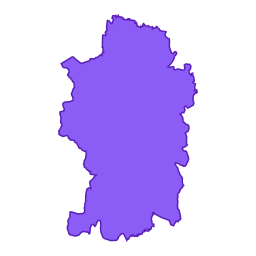 Guadalupe, Puebla, Mexico (Natural Earth projection)
{"feature_id": "50627088B56399187703173", "entity_name": "Guadalupe", "entity_type": "district", "adm_level": 2, "iso_a3": "MEX", "parent_name": "Mexico", "parent_adm1": "Puebla", "projection": "natural_earth1", "projection_center": [-98.145, 18.05], "detail": "fine", "context": "isolated", "style": "filled", "palette": "violet", "viewbox_px": 256, "rotation_deg": 0, "n_neighbors": 0, "source": "geoboundaries", "source_scale": "gbopen_adm2", "svg_char_len": 5779}
<svg xmlns="http://www.w3.org/2000/svg" viewBox="0 0 256 256"><path d="M180.1,219.8L180.8,218.7L180.3,217.7L180.4,217.2L180.2,216.8L180.6,216.1L180.0,215.2L180.0,213.4L179.6,213.1L179.0,209.9L177.4,208.4L177.8,207.1L177.2,205.7L177.8,203.6L177.4,202.2L177.9,201.2L177.6,200.8L177.4,198.0L178.0,197.2L177.5,196.0L177.9,195.2L177.5,194.6L177.9,193.6L179.6,191.9L179.5,191.5L180.3,190.2L180.3,189.3L181.9,188.0L181.9,187.4L182.4,187.2L183.0,186.1L183.7,185.5L182.6,184.0L182.2,180.6L182.4,178.1L180.0,174.5L178.3,170.6L177.7,168.0L175.6,165.2L175.2,163.3L175.7,162.9L178.3,163.5L180.8,165.1L182.5,165.4L183.3,166.3L185.2,166.1L186.5,164.4L186.8,163.0L187.4,162.5L188.4,159.9L188.6,158.3L188.4,157.2L186.5,151.7L185.7,151.5L185.5,150.9L185.0,151.1L183.5,150.7L182.8,149.8L182.3,148.3L182.9,147.4L183.7,147.6L184.8,146.7L185.3,146.7L185.5,146.3L186.7,145.7L187.3,144.8L186.6,143.8L186.4,138.9L186.8,137.9L186.7,137.1L186.3,135.2L185.2,132.9L188.0,131.3L188.9,129.0L188.9,126.3L188.3,125.2L187.7,124.7L185.6,124.1L185.2,123.6L185.0,123.2L184.5,123.2L184.2,122.3L183.4,121.9L182.6,119.7L183.1,118.8L181.9,116.0L181.4,115.3L180.0,114.5L180.4,113.7L181.4,113.6L182.5,112.3L183.8,112.8L185.0,110.0L184.3,107.1L185.6,106.2L186.9,107.0L187.8,108.2L193.4,105.0L193.5,103.9L193.8,103.6L193.5,101.2L192.9,99.4L193.2,98.2L193.0,97.2L193.6,95.1L194.3,94.5L194.4,94.0L195.6,92.0L196.5,92.2L196.5,92.9L197.2,92.2L196.6,89.8L194.5,90.2L194.9,88.8L194.6,86.9L195.1,85.9L195.3,83.7L193.4,83.1L192.8,82.1L194.2,81.1L194.2,80.0L193.6,76.9L192.5,74.7L192.8,73.2L192.2,73.2L191.5,73.7L191.3,75.2L190.9,75.4L189.1,72.6L188.9,70.8L190.2,69.5L190.9,66.9L190.7,65.6L189.4,64.3L187.4,64.3L186.1,63.8L184.3,65.1L184.7,67.6L184.6,69.5L183.8,70.2L182.7,70.1L177.9,68.9L175.1,69.9L174.3,69.8L173.9,69.5L174.2,68.7L173.5,66.6L169.4,67.3L167.9,66.9L171.6,62.9L173.8,59.2L174.5,56.4L176.7,53.7L176.2,52.1L175.3,51.6L174.3,52.1L173.1,53.7L172.1,53.4L171.2,52.3L169.3,46.7L169.5,40.3L169.3,39.1L169.0,38.6L167.7,38.2L165.7,36.6L165.0,35.2L165.2,34.0L166.1,31.8L160.5,30.7L159.8,30.1L159.0,28.6L157.5,27.9L157.0,26.5L156.4,26.5L156.3,27.3L152.6,28.8L153.0,27.6L152.6,26.8L150.3,27.1L149.2,26.7L148.5,25.7L146.1,26.3L145.2,25.8L144.7,24.6L144.0,24.3L143.3,23.0L143.3,24.0L142.7,25.0L142.9,26.6L141.7,26.8L141.0,26.1L140.8,27.3L140.4,27.4L138.1,26.2L137.1,26.1L136.9,25.7L137.2,25.2L136.6,23.1L136.0,22.4L135.7,21.4L135.8,23.3L135.6,23.5L135.1,23.2L134.7,20.6L133.4,20.6L132.3,20.4L132.3,20.1L130.0,20.1L129.8,18.9L128.5,18.7L128.1,18.7L128.1,19.6L127.5,19.3L126.9,19.8L123.6,19.4L123.7,18.4L123.0,18.4L122.4,18.0L121.9,17.0L120.7,17.5L120.2,16.9L118.6,16.7L118.3,15.4L116.2,17.6L115.9,15.4L114.0,15.9L112.6,15.9L112.1,18.4L113.1,18.9L113.4,20.7L112.5,21.7L112.1,23.5L111.7,23.7L110.6,22.9L109.1,20.9L107.4,20.4L106.7,25.7L106.6,28.9L107.3,29.7L106.5,31.0L105.8,31.3L105.4,32.0L105.2,32.8L105.6,33.2L105.9,34.3L105.9,35.4L103.3,35.0L102.7,35.2L102.3,47.4L103.2,47.8L102.9,51.3L103.8,52.4L102.1,53.0L102.1,55.4L101.5,54.9L100.4,54.8L97.6,57.3L95.8,57.5L94.8,58.7L93.1,58.8L92.2,59.2L91.8,58.6L90.3,58.7L89.5,60.7L81.1,63.5L74.2,58.0L73.4,57.0L72.1,57.0L61.1,63.7L63.3,67.5L66.8,67.9L68.6,69.7L69.2,71.8L67.7,74.7L67.6,75.3L68.5,75.7L69.5,77.8L70.7,78.0L71.5,79.8L72.5,80.6L72.5,81.7L73.9,82.5L74.4,87.3L73.4,88.5L71.4,94.1L72.8,97.7L73.1,97.6L73.0,100.3L71.9,100.7L71.5,101.2L69.3,101.7L64.8,102.1L64.0,102.5L63.2,103.2L62.8,104.1L63.3,106.8L64.0,108.3L64.4,110.4L62.2,111.4L59.9,112.0L60.0,114.2L61.0,117.1L60.6,122.6L61.8,124.0L61.8,125.5L61.0,126.8L61.0,127.5L59.2,130.6L58.8,130.8L59.1,133.2L58.9,134.1L60.4,135.4L62.3,136.0L62.6,136.5L67.5,135.4L68.4,137.2L68.5,138.3L69.6,138.9L70.3,140.0L72.6,140.1L74.3,140.6L74.8,142.2L76.8,143.3L77.4,144.9L78.4,146.0L78.8,147.4L79.4,148.4L80.8,148.2L81.8,149.8L82.5,150.4L83.7,150.7L84.6,151.4L85.9,151.2L86.2,152.9L86.1,155.4L85.4,158.9L84.1,161.0L84.2,162.3L83.5,164.0L84.1,164.8L84.1,166.3L84.6,167.2L85.6,167.7L85.8,168.2L87.4,170.1L88.2,170.3L89.1,171.5L89.7,171.2L90.7,171.6L90.0,173.0L90.4,174.2L96.2,175.1L94.4,176.5L93.6,178.0L91.8,180.0L89.9,181.4L89.8,183.1L90.8,188.6L89.1,187.9L88.1,188.2L86.7,189.5L85.8,195.2L85.6,200.3L85.9,200.5L84.8,204.3L84.9,206.4L84.3,207.7L84.3,208.8L84.8,209.7L84.5,210.8L84.8,211.8L82.6,213.8L80.5,213.6L78.9,213.8L78.5,214.1L71.6,211.9L70.2,211.9L69.9,214.0L70.0,216.8L67.9,220.6L67.9,221.7L68.4,223.0L68.1,225.0L67.3,226.6L67.5,229.5L68.5,231.7L68.9,233.5L69.7,234.6L70.4,235.0L72.2,235.1L73.6,235.8L76.0,236.0L78.9,235.0L81.4,232.3L82.9,231.5L87.9,232.1L88.4,232.6L88.9,233.7L89.4,233.8L89.9,232.8L90.4,227.6L91.5,224.9L92.3,224.4L92.9,224.4L93.6,224.7L94.5,226.1L94.9,226.4L95.7,225.4L97.5,221.2L97.9,220.7L99.3,220.4L100.2,220.8L100.8,223.0L100.6,228.4L101.0,232.2L102.6,236.5L103.4,237.8L105.2,238.8L110.9,240.6L116.5,240.3L118.0,238.8L118.8,236.4L121.5,233.8L122.7,233.5L123.4,233.8L124.1,234.7L126.8,240.3L127.3,239.1L127.6,239.5L128.3,239.3L129.6,237.4L130.1,236.2L131.0,235.7L131.9,236.2L132.4,234.8L132.6,234.9L132.9,235.8L133.6,235.9L134.3,234.9L134.1,236.1L134.6,236.4L136.0,236.0L137.4,236.5L137.7,236.2L137.2,234.8L138.3,235.1L138.4,234.2L138.7,233.9L139.4,234.8L139.8,234.8L140.1,234.3L141.3,233.8L142.0,234.1L142.8,232.1L144.2,231.7L144.3,231.0L144.0,230.2L145.1,229.5L145.5,230.9L148.6,231.0L149.2,230.6L149.0,229.8L148.3,229.2L150.6,229.5L151.1,228.8L151.4,227.0L152.2,226.2L153.4,225.9L153.8,226.5L154.0,226.3L153.7,224.1L152.6,224.0L151.9,223.1L151.9,221.2L151.5,220.5L151.3,219.0L152.1,215.9L153.3,214.6L153.3,213.9L152.7,213.6L152.5,213.1L152.8,212.6L153.9,212.6L154.5,213.8L161.9,217.7L169.5,220.4L169.5,221.6L170.1,222.3L170.5,224.0L171.1,224.8L173.5,225.8L174.3,224.0L175.6,222.4L175.8,221.3L176.5,221.2L177.9,221.7L178.2,221.6L178.8,220.1L180.1,219.8Z" fill="#8b5cf6" stroke="#5b21b6" stroke-width="1.5"/></svg>